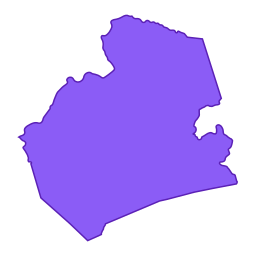 Concepcion, Intibucá, Honduras (Albers equal-area conic projection)
{"feature_id": "27666195B925617765542", "entity_name": "Concepcion", "entity_type": "district", "adm_level": 2, "iso_a3": "HND", "parent_name": "Honduras", "parent_adm1": "Intibucá", "projection": "albers", "projection_center": [-88.315, 14.049], "detail": "fine", "context": "isolated", "style": "filled", "palette": "violet", "viewbox_px": 256, "rotation_deg": 0, "n_neighbors": 0, "source": "geoboundaries", "source_scale": "gbopen_adm2", "svg_char_len": 5767}
<svg xmlns="http://www.w3.org/2000/svg" viewBox="0 0 256 256"><path d="M101.3,234.5L101.4,234.3L101.2,233.8L101.3,233.5L102.2,231.2L102.8,230.2L103.4,229.1L103.5,228.8L103.5,228.1L103.6,227.7L104.1,226.7L105.1,225.2L105.5,223.8L159.5,201.0L167.1,199.3L194.1,192.2L202.0,190.6L212.8,188.4L236.4,183.9L236.8,183.3L237.1,182.4L237.2,181.8L237.0,181.5L236.7,181.1L236.6,180.8L235.3,176.0L235.1,175.3L234.9,175.0L234.3,174.6L232.9,174.2L232.2,173.8L231.9,173.6L231.1,172.4L228.8,169.0L227.7,167.8L227.1,166.9L226.8,166.6L226.1,166.3L225.1,166.0L221.5,165.3L220.9,164.8L220.1,164.2L219.7,163.8L219.5,163.4L219.5,163.1L219.6,162.8L219.8,162.4L220.1,162.1L220.4,162.0L221.1,162.0L222.5,161.8L223.8,161.3L224.5,160.8L224.7,160.5L224.9,160.1L225.1,159.6L225.2,158.8L225.3,158.3L225.6,157.7L225.9,157.1L226.7,156.3L228.7,154.7L229.3,154.1L229.5,153.6L229.4,152.9L228.4,150.1L228.3,149.5L228.5,149.1L228.8,148.8L229.8,148.1L230.6,147.3L231.0,146.6L231.4,145.7L231.9,144.0L232.3,142.0L232.5,140.8L232.4,140.5L232.4,140.3L231.8,139.6L231.4,139.1L230.7,138.7L230.1,138.5L227.8,136.9L227.0,136.1L226.1,135.4L225.4,135.0L224.4,134.6L224.0,134.2L223.6,133.7L223.3,132.6L223.2,131.7L223.0,130.1L222.8,129.2L222.0,127.5L221.1,126.2L220.6,125.8L220.0,125.4L219.3,125.0L218.7,124.9L218.0,124.9L217.4,125.1L216.9,125.4L216.5,125.8L216.2,126.3L216.1,126.8L216.2,127.5L216.6,129.2L216.6,130.5L216.6,131.7L216.4,132.5L216.2,133.2L216.0,133.5L215.7,133.7L215.2,133.9L214.0,133.8L213.0,133.5L211.8,132.9L211.1,132.7L210.0,132.7L208.7,133.1L207.5,133.6L204.1,135.8L201.9,137.0L201.7,137.3L201.6,138.1L201.3,138.7L200.7,139.3L199.9,139.6L199.4,139.7L198.9,139.7L198.5,139.5L198.0,139.2L197.7,138.9L197.5,138.5L197.3,137.6L197.1,137.2L196.7,136.9L195.9,136.6L195.5,136.2L195.2,135.7L195.0,134.9L194.8,134.5L194.5,134.3L194.3,134.2L193.5,134.3L193.3,134.2L193.2,134.0L193.2,133.8L193.3,133.7L194.3,133.0L195.4,131.9L195.7,131.3L196.0,130.4L196.1,129.9L196.1,129.4L196.0,128.7L195.8,127.9L195.6,127.5L195.3,127.1L195.0,126.9L194.3,126.6L194.1,126.3L193.9,125.9L194.0,125.0L194.2,124.1L194.5,123.2L195.0,121.9L195.3,121.2L195.9,120.4L196.8,119.4L197.5,118.5L198.5,116.9L199.1,115.8L199.3,114.8L199.2,112.1L199.2,110.3L199.4,109.5L200.5,109.0L202.3,107.9L204.2,107.1L205.0,106.6L206.0,105.8L207.4,105.5L208.1,105.4L209.7,106.2L211.8,106.4L212.3,106.3L213.9,105.6L215.2,105.1L216.2,104.9L217.9,104.7L218.8,104.3L219.1,104.2L219.4,103.9L219.6,103.4L219.5,102.9L219.2,102.3L219.1,101.9L219.1,101.5L219.2,101.0L219.4,100.6L221.3,98.4L202.4,38.9L187.3,37.2L184.4,33.7L183.8,33.4L180.8,32.4L179.1,31.5L178.4,31.2L178.0,31.3L177.7,31.5L177.4,32.3L177.1,32.6L176.6,32.8L176.1,32.7L175.8,32.5L175.5,32.2L175.2,31.4L175.0,31.1L174.4,30.5L173.7,30.3L173.1,30.2L172.4,30.2L170.9,30.3L170.3,30.2L169.8,30.0L168.8,29.4L167.7,28.4L167.1,28.0L166.0,27.6L164.7,27.3L164.0,27.0L163.4,26.6L162.8,25.7L162.3,25.3L161.7,25.0L160.4,24.9L159.7,24.7L159.2,24.4L158.5,23.6L158.0,23.3L157.4,23.2L156.4,23.4L155.8,23.4L155.2,23.1L154.7,22.5L154.3,22.3L153.6,22.0L153.0,22.0L151.7,22.4L151.2,22.4L150.7,22.4L150.0,22.0L149.2,21.3L148.7,20.9L148.1,20.6L147.5,20.5L146.9,20.5L146.2,20.8L145.8,21.1L145.1,21.9L144.5,22.3L143.8,22.4L143.0,22.4L142.4,22.1L141.9,21.7L141.5,21.2L140.7,20.1L140.3,19.6L139.7,19.3L139.0,18.9L138.1,18.7L137.1,18.6L135.7,18.7L135.1,18.6L134.4,18.4L133.8,18.1L133.2,17.6L132.6,17.0L131.9,16.1L131.1,16.3L130.2,16.3L129.2,16.1L128.0,15.7L127.3,15.4L126.3,15.4L125.5,15.5L123.9,16.0L120.7,17.7L118.6,18.6L116.5,19.2L113.9,19.7L113.1,20.0L112.2,20.4L111.6,20.8L111.3,21.2L111.0,21.7L110.9,22.2L111.0,23.0L111.5,24.2L111.8,25.1L111.9,26.2L111.8,27.2L111.5,28.0L111.0,29.2L109.8,31.3L109.1,32.4L108.3,33.3L107.5,34.2L106.4,35.1L105.7,35.5L104.9,35.7L103.9,35.8L102.8,35.6L102.1,35.7L101.8,35.9L101.5,36.4L101.3,36.8L101.3,37.4L101.5,38.4L102.5,40.5L102.8,41.3L103.0,42.3L103.2,43.5L103.2,44.8L102.9,47.7L103.0,48.4L103.2,48.9L103.5,49.7L104.3,50.7L104.7,51.4L105.0,52.4L105.3,53.8L105.5,54.5L106.0,55.4L106.8,56.6L107.3,57.4L107.5,58.0L107.7,59.2L108.0,59.9L108.5,60.5L109.7,61.3L110.4,62.0L111.4,63.1L113.0,65.3L114.1,67.3L114.4,68.0L114.5,68.8L114.3,69.5L113.8,70.3L111.9,72.0L108.7,74.5L106.2,76.3L104.2,77.6L103.8,77.8L103.3,77.9L102.6,77.9L101.9,77.7L99.7,76.2L98.8,75.7L97.8,75.2L95.0,74.3L92.2,73.7L91.2,73.0L90.1,72.5L89.4,72.4L88.2,72.5L87.3,72.8L86.3,73.3L85.5,73.9L84.8,74.7L84.3,75.5L83.9,76.5L83.7,77.4L83.5,78.1L83.1,78.8L82.7,79.6L82.0,80.3L81.2,80.9L80.4,81.5L79.4,81.8L78.4,82.0L77.3,82.0L76.3,81.7L75.5,81.4L74.7,80.9L74.1,80.2L73.6,79.6L73.2,78.8L72.8,78.3L72.2,77.8L71.5,77.4L70.7,77.3L69.8,77.3L68.9,77.5L68.2,77.9L67.7,78.3L67.3,78.8L67.0,79.3L66.8,80.0L67.0,80.8L67.2,81.2L67.5,81.6L67.5,81.9L67.5,82.6L67.3,83.2L67.0,83.6L66.0,84.5L63.6,86.2L62.2,87.4L58.0,91.7L57.4,92.5L56.5,94.1L54.8,98.2L54.1,100.0L53.3,102.7L52.7,104.2L52.2,104.9L51.0,105.7L50.5,106.2L50.3,106.6L50.1,107.1L50.1,107.5L50.2,108.2L50.1,108.7L43.9,117.1L43.3,118.3L42.7,120.5L42.3,121.2L41.8,122.0L41.4,122.4L40.9,122.8L40.3,123.0L39.7,123.2L38.8,123.2L37.1,122.8L35.9,122.7L34.5,122.8L33.2,123.1L32.1,123.5L30.5,124.2L27.5,125.9L26.5,126.6L25.6,127.5L25.0,128.2L24.7,128.8L24.5,129.5L24.5,130.3L24.5,130.9L24.8,131.9L24.8,132.6L24.6,133.4L24.3,134.1L23.8,134.6L22.9,135.2L22.0,135.6L20.2,136.2L18.8,137.1L19.6,137.5L20.1,138.0L21.3,139.4L22.0,140.0L22.8,140.6L23.9,141.0L24.5,141.4L25.2,142.0L25.6,142.6L25.7,143.0L25.6,143.7L25.5,144.5L25.3,145.1L24.8,145.7L24.0,146.4L23.2,147.2L23.1,147.5L23.1,147.8L23.6,148.7L25.2,150.9L27.4,154.8L28.1,156.9L28.4,157.8L28.3,158.9L28.1,160.1L28.2,160.7L28.4,161.3L28.6,161.6L28.8,161.8L29.7,161.8L30.9,162.0L31.2,162.3L31.4,162.6L31.5,162.9L31.4,163.3L31.2,163.6L30.9,163.8L40.9,197.9L70.0,223.7L87.7,240.6L101.3,234.5Z" fill="#8b5cf6" stroke="#5b21b6" stroke-width="1.5"/></svg>